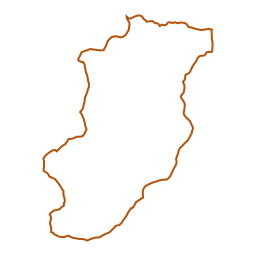 Khar, Pemagatsel, Bhutan
{"feature_id": "84629894B26310020901724", "entity_name": "Khar", "entity_type": "district", "adm_level": 2, "iso_a3": "BTN", "parent_name": "Bhutan", "parent_adm1": "Pemagatsel", "projection": "natural_earth1", "projection_center": [91.394, 26.945], "detail": "fine", "context": "isolated", "style": "outline", "palette": "amber", "viewbox_px": 256, "rotation_deg": 0, "n_neighbors": 0, "source": "geoboundaries", "source_scale": "gbopen_adm2", "svg_char_len": 5211}
<svg xmlns="http://www.w3.org/2000/svg" viewBox="0 0 256 256"><path d="M133.1,207.5L133.3,207.0L134.1,206.1L134.5,205.0L135.0,203.9L135.6,203.0L136.0,202.1L136.8,201.6L137.8,200.9L139.4,199.9L140.3,199.4L140.7,199.2L141.3,198.4L142.0,198.1L142.7,197.9L143.0,197.5L143.1,196.5L142.9,195.7L142.8,194.4L142.8,192.2L142.9,190.3L143.2,189.7L143.5,188.9L144.1,187.9L145.1,186.4L147.3,185.1L149.2,184.1L152.4,182.7L154.5,182.0L157.8,181.0L158.9,180.6L160.2,180.3L161.6,179.9L163.0,179.7L164.1,179.6L165.2,179.7L166.1,179.5L167.2,179.3L167.8,178.8L168.9,177.8L170.0,176.4L171.1,174.3L171.7,173.1L172.7,170.9L173.9,168.4L175.8,165.0L176.1,164.3L176.4,163.6L176.4,162.5L176.5,161.4L176.3,160.1L176.2,159.5L176.1,159.0L176.9,156.5L177.3,155.4L178.1,153.3L178.5,151.2L179.5,148.9L180.2,147.7L183.0,145.2L184.2,143.7L186.1,142.0L188.0,140.1L189.4,137.7L190.7,135.1L191.6,133.6L191.9,132.1L192.4,130.1L192.9,128.7L192.9,127.9L192.7,126.9L191.7,125.0L191.1,123.8L190.6,122.5L190.3,121.9L190.1,121.2L189.4,120.5L188.1,119.3L185.9,117.2L184.7,115.6L183.9,114.2L183.8,113.4L183.7,112.4L183.9,111.6L184.2,110.9L184.4,109.9L184.4,108.8L184.6,107.3L184.7,105.7L184.9,104.5L184.3,102.7L183.5,101.3L182.3,99.4L181.3,98.0L180.9,97.2L180.8,96.7L181.1,96.0L181.4,95.4L182.7,93.5L183.3,93.0L184.1,91.4L184.1,90.5L184.1,89.8L184.4,88.7L184.5,87.6L184.3,85.0L183.7,83.9L183.3,82.6L182.9,81.9L183.6,81.0L184.1,80.5L184.7,79.7L185.0,78.5L185.2,77.7L185.3,76.2L185.3,75.3L185.6,74.6L186.6,74.3L187.9,73.8L188.8,73.2L189.6,72.4L190.3,71.2L190.6,70.6L192.8,65.8L193.6,64.7L195.1,62.6L196.3,61.1L196.8,59.7L197.5,58.2L198.6,57.1L199.6,56.2L200.4,55.8L202.0,55.7L203.2,55.8L204.3,55.4L205.4,54.3L206.4,52.6L206.9,52.1L207.8,52.0L208.5,51.9L209.7,51.8L210.7,52.0L211.4,52.0L211.9,51.7L212.1,50.7L212.2,50.2L212.3,49.6L212.4,47.8L212.5,45.2L212.5,44.1L212.6,43.0L212.5,42.4L212.4,41.4L212.0,39.7L211.8,36.6L211.7,32.7L211.6,30.8L211.9,29.6L210.3,29.5L208.8,28.7L206.5,29.3L201.1,30.0L197.7,29.3L194.7,28.7L192.5,27.7L190.3,27.4L188.4,26.9L186.7,24.3L185.7,23.5L184.1,22.9L181.5,22.5L179.8,22.7L178.1,23.3L176.6,22.8L175.1,22.3L174.3,22.4L173.5,22.8L172.5,23.0L170.9,22.7L170.2,22.3L168.7,22.3L167.8,22.7L166.6,24.5L165.5,25.1L163.9,25.2L162.1,24.7L161.3,24.8L160.4,25.7L159.8,26.0L158.1,23.7L157.1,23.2L155.4,23.2L154.5,22.7L152.4,21.1L149.9,21.3L146.5,21.7L146.0,20.9L145.5,20.2L144.1,19.3L143.1,18.2L142.8,17.4L141.4,16.0L139.6,15.4L137.5,15.6L135.0,16.4L132.7,17.5L130.9,18.5L129.5,18.6L127.6,17.6L127.2,17.1L126.7,16.6L126.8,18.4L127.6,19.7L129.3,22.4L129.5,23.6L129.5,25.2L129.1,27.1L129.0,27.9L128.8,29.8L128.0,31.1L127.2,32.3L126.7,33.4L125.1,35.5L122.8,36.8L121.2,37.4L119.5,37.1L118.1,36.7L117.1,36.4L114.0,36.5L111.9,36.9L109.2,39.2L107.5,41.5L107.0,43.4L106.2,45.0L106.1,45.5L105.4,47.0L104.1,49.0L103.7,50.2L102.5,50.3L101.2,50.3L99.7,50.3L97.5,50.0L94.7,49.7L92.0,49.3L90.2,49.0L88.8,49.6L86.6,50.4L84.5,51.1L82.7,51.8L81.7,52.1L81.2,53.2L80.7,54.3L79.7,56.2L78.7,58.0L78.4,59.0L78.3,60.3L79.1,60.9L79.6,61.2L80.2,61.5L82.0,62.1L82.6,62.0L83.1,62.0L83.5,62.9L84.3,63.9L84.7,64.8L84.8,66.8L84.9,67.7L85.4,68.8L85.6,70.2L85.6,70.7L85.9,72.3L86.1,72.9L86.7,73.9L87.0,74.7L87.3,76.1L87.6,77.6L87.8,78.4L87.9,79.7L88.2,81.3L88.5,82.0L88.9,83.1L88.9,83.9L88.9,85.0L88.8,86.6L88.8,87.6L88.5,88.0L88.2,88.6L87.7,89.7L87.6,90.6L87.6,91.3L86.7,93.3L85.9,95.6L85.5,96.4L85.1,97.3L84.9,98.5L84.8,99.7L84.6,101.5L84.0,103.5L83.6,105.0L83.5,105.5L83.3,107.3L83.0,107.8L82.7,108.5L82.3,109.2L81.4,110.8L80.3,111.6L80.2,112.3L80.5,112.8L80.9,113.1L81.7,114.3L82.3,115.3L82.3,116.1L82.9,117.4L83.8,119.0L84.9,123.5L85.2,125.4L85.8,127.3L86.5,129.3L85.8,130.8L84.3,134.0L83.0,135.8L80.7,136.7L79.1,136.7L76.5,136.8L74.5,137.8L71.7,138.8L68.3,139.2L67.6,140.9L65.5,143.9L62.0,146.2L58.3,149.7L56.6,151.3L55.5,150.1L52.6,150.3L51.1,151.3L49.1,152.6L47.1,154.2L44.9,156.3L44.4,157.0L43.5,158.6L43.4,159.3L44.0,160.8L44.1,162.8L44.0,164.4L43.9,165.2L44.0,165.8L44.0,166.7L43.6,169.7L43.7,170.9L44.5,171.4L45.3,171.9L45.8,172.2L46.8,172.9L48.2,174.2L49.1,175.9L49.8,177.0L50.5,177.0L51.5,177.4L53.4,178.3L54.1,178.6L55.4,179.6L56.4,180.7L57.2,181.8L58.3,183.1L58.6,183.6L59.9,185.4L61.0,187.1L61.3,187.6L61.9,188.8L62.4,189.6L63.5,191.2L63.5,192.4L63.3,193.1L63.3,193.8L63.5,194.4L64.0,196.9L64.5,198.3L64.7,199.9L64.8,201.9L63.9,203.0L63.9,203.9L63.8,204.7L63.9,205.4L63.6,206.0L62.5,206.5L61.6,207.1L60.7,207.9L59.9,208.8L59.1,209.4L56.4,210.0L54.5,210.4L52.8,211.2L51.4,212.5L50.5,213.1L50.2,213.6L49.9,214.0L49.7,214.6L49.9,215.1L50.5,215.9L50.8,216.3L50.9,216.8L50.9,217.9L50.9,219.6L50.5,221.2L50.2,221.9L50.1,222.4L50.1,223.9L50.1,224.4L50.8,225.7L51.1,228.0L51.3,229.0L51.2,229.9L51.1,230.7L51.2,232.2L52.2,232.7L53.1,232.7L54.5,234.5L56.6,235.3L58.9,236.6L61.1,236.9L64.2,237.2L67.0,235.9L68.3,235.6L71.1,237.2L73.8,238.0L78.0,238.7L79.7,239.0L80.5,239.0L81.9,239.0L82.6,239.0L84.8,239.5L87.3,240.6L90.3,239.1L93.7,238.1L95.1,237.6L99.3,237.4L102.7,235.4L105.3,234.0L106.6,233.5L109.6,232.3L111.2,230.7L113.8,228.1L115.6,225.9L119.3,225.0L121.4,223.1L123.3,220.2L124.5,218.5L125.9,216.6L126.7,215.4L127.3,214.1L127.7,213.2L128.6,211.8L129.2,210.8L129.9,209.9L130.6,209.0L131.1,208.3L133.1,207.5Z" fill="none" stroke="#b45309" stroke-width="2"/></svg>